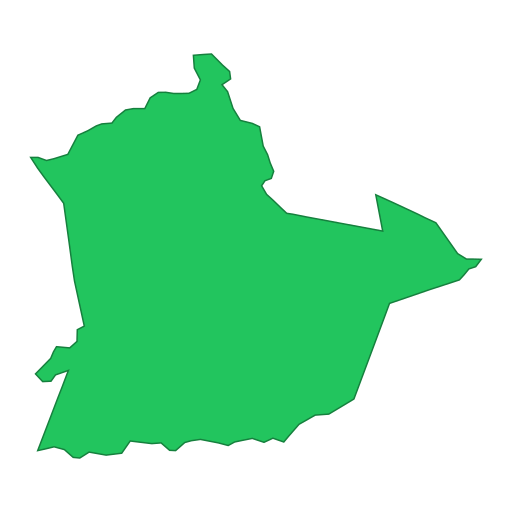 the district of Timbaúba, Pernambuco, Brazil
{"feature_id": "56859067B92944053188612", "entity_name": "Timbaúba", "entity_type": "district", "adm_level": 2, "iso_a3": "BRA", "parent_name": "Brazil", "parent_adm1": "Pernambuco", "projection": "albers", "projection_center": [-35.348, -7.521], "detail": "fine", "context": "isolated", "style": "filled", "palette": "green", "viewbox_px": 512, "rotation_deg": 0, "n_neighbors": 0, "source": "geoboundaries", "source_scale": "gbopen_adm2", "svg_char_len": 1505}
<svg xmlns="http://www.w3.org/2000/svg" viewBox="0 0 512 512"><path d="M173.7,93.5L165.8,92.3L158.3,92.4L150.2,97.8L144.8,108.6L133.4,108.6L125.5,110.0L116.4,117.3L111.9,123.1L101.8,123.9L96.3,125.9L87.7,130.8L77.9,135.2L67.8,154.4L53.6,158.8L46.5,160.5L38.0,157.4L30.7,157.4L37.6,168.1L43.7,176.5L57.9,195.4L63.7,203.3L69.0,241.7L72.3,266.3L74.5,281.0L84.3,326.1L77.3,329.7L77.0,341.4L69.7,347.9L56.5,346.7L53.5,351.8L50.7,358.4L35.5,373.9L42.7,381.6L51.0,381.2L55.5,374.9L68.4,370.4L62.4,386.3L57.9,397.8L50.2,418.0L37.7,450.6L45.0,449.0L54.1,446.8L64.4,449.6L73.2,457.4L79.8,458.0L89.1,452.1L106.1,455.1L121.7,453.2L130.2,441.0L151.8,443.6L161.1,442.9L169.6,450.3L175.6,450.6L184.8,442.5L191.3,440.7L200.4,439.4L218.4,442.9L228.2,445.5L234.6,442.0L242.2,440.4L252.3,438.4L264.0,442.3L272.9,438.2L283.8,442.0L288.9,435.9L299.0,424.3L315.2,415.1L328.8,414.1L353.9,399.0L372.6,348.9L384.4,317.2L389.5,303.4L430.0,289.5L459.4,279.9L463.9,275.0L468.9,268.9L475.7,266.7L481.3,259.3L473.1,259.1L466.5,259.1L457.6,253.6L435.9,222.8L424.9,217.7L417.9,214.2L392.6,202.4L375.8,194.8L382.7,231.1L305.7,216.8L292.7,214.2L286.7,213.3L281.2,208.1L272.9,200.1L266.6,194.4L261.6,185.8L265.0,180.7L271.3,178.4L273.7,171.3L270.1,162.7L267.6,154.7L263.2,146.1L259.6,126.8L252.3,123.4L240.3,120.4L233.0,108.4L227.6,91.7L222.0,84.7L230.6,78.9L229.6,71.5L222.3,64.9L211.5,54.0L203.2,54.5L193.4,55.3L194.3,68.1L200.4,79.9L196.8,89.4L189.0,93.3L181.0,93.5L173.7,93.5Z" fill="#22c55e" stroke="#15803d" stroke-width="1.5"/></svg>